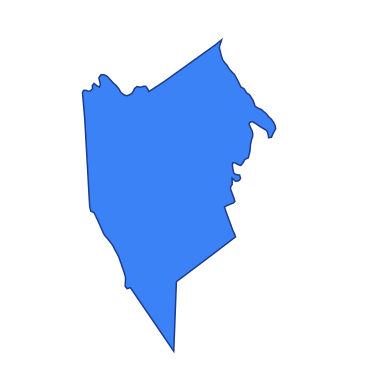 Nova Redenção, Bahia, Brazil, rotated 159°
{"feature_id": "56859067B96538922294760", "entity_name": "Nova Redenção", "entity_type": "district", "adm_level": 2, "iso_a3": "BRA", "parent_name": "Brazil", "parent_adm1": "Bahia", "projection": "equal_earth", "projection_center": [-41.129, -12.772], "detail": "fine", "context": "isolated", "style": "filled", "palette": "blue", "viewbox_px": 384, "rotation_deg": 159, "n_neighbors": 0, "source": "geoboundaries", "source_scale": "gbopen_adm2", "svg_char_len": 2113}
<svg xmlns="http://www.w3.org/2000/svg" viewBox="0 0 384 384"><g transform="rotate(159 192 192)"><path d="M109.8,323.5L116.7,321.2L178.3,305.1L196.3,301.2L196.4,304.0L197.3,307.2L199.2,308.1L202.2,308.1L205.6,310.2L208.5,309.2L210.6,307.2L212.9,305.6L215.9,305.1L218.6,305.3L220.7,307.1L222.7,310.3L223.4,314.9L224.7,318.8L226.2,321.5L227.8,325.5L229.1,328.9L230.3,331.1L232.2,333.0L235.1,334.1L238.1,331.9L238.6,327.9L239.1,325.0L240.8,323.1L243.0,325.6L244.5,328.5L247.0,327.0L247.9,323.9L250.7,322.8L252.9,323.3L254.8,325.1L256.9,325.7L258.7,323.8L265.8,299.1L273.8,274.2L280.2,254.1L290.8,221.2L292.7,215.1L293.4,210.4L291.1,208.2L290.5,205.1L290.4,202.1L290.1,199.1L289.9,194.7L289.7,191.4L289.6,188.2L289.4,184.8L288.7,181.6L287.7,179.1L286.5,175.4L285.1,170.6L284.7,166.1L284.2,162.5L283.7,158.4L283.7,154.6L283.8,150.8L284.0,147.2L284.1,142.8L284.3,139.7L284.5,136.8L285.4,134.2L286.6,131.5L288.2,127.9L287.2,125.0L283.8,124.8L266.1,49.9L258.2,68.3L238.7,113.9L203.0,124.1L167.5,134.5L167.3,137.3L167.6,140.8L167.6,144.6L167.5,148.9L167.5,152.3L167.4,155.0L167.4,157.8L167.3,162.4L167.1,166.3L164.8,166.8L161.3,166.9L157.6,166.9L155.4,167.8L155.1,170.5L155.0,173.7L155.0,177.2L155.0,180.4L154.2,182.9L151.7,184.7L149.6,190.5L147.6,186.5L144.5,185.7L141.8,187.2L141.5,190.8L143.9,191.9L146.2,194.3L145.7,198.0L144.8,202.4L143.6,204.6L141.4,203.9L139.4,201.2L136.9,199.3L134.3,200.7L130.9,203.5L127.1,203.7L125.5,206.3L123.8,208.5L122.4,211.0L120.8,214.6L118.7,217.9L117.3,220.0L115.5,222.1L114.3,224.9L114.0,227.5L114.3,231.4L114.4,235.2L112.5,236.5L110.4,235.9L108.5,233.7L106.9,231.5L104.6,228.1L102.6,225.6L100.7,223.3L100.0,220.7L100.4,218.0L101.0,215.2L98.2,214.6L96.2,216.7L93.7,219.0L91.2,221.1L90.6,223.9L90.9,227.8L91.8,231.5L93.3,234.3L94.6,238.3L96.5,241.9L97.7,244.3L99.9,246.2L102.4,249.4L102.1,255.1L102.7,258.8L103.5,262.3L105.5,264.8L106.5,269.9L108.8,272.6L109.0,276.4L109.7,282.5L110.3,286.4L111.8,289.9L113.3,293.9L113.9,297.9L115.2,301.2L116.0,304.3L115.8,308.4L115.3,312.4L114.9,316.2L113.8,318.7L111.8,320.9L109.8,323.5Z" fill="#3b82f6" stroke="#1e3a8a" stroke-width="1.5"/></g></svg>